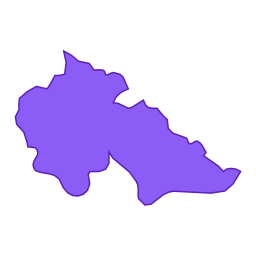 SVG path tracing the border of Ștefan Vodă
{"feature_id": "MDA-1651", "entity_name": "Ștefan Vodă", "entity_type": "District", "adm_level": 1, "iso_a3": "MDA", "parent_name": "Moldova", "parent_adm1": "", "projection": "natural_earth1", "projection_center": [29.727, 46.532], "detail": "fine", "context": "isolated", "style": "filled", "palette": "violet", "viewbox_px": 256, "rotation_deg": 0, "n_neighbors": 0, "source": "natural_earth", "source_scale": "10m", "svg_char_len": 1411}
<svg xmlns="http://www.w3.org/2000/svg" viewBox="0 0 256 256"><path d="M167.2,119.4L168.2,128.3L172.7,133.1L186.6,138.2L187.2,139.3L188.7,143.1L189.8,143.9L191.9,143.4L195.7,141.2L197.5,141.2L200.0,142.9L202.1,145.4L206.0,152.4L203.6,155.8L218.1,165.9L223.4,171.5L226.6,169.1L231.3,168.4L236.4,169.2L240.6,171.5L233.0,183.9L224.8,191.0L210.9,193.1L173.5,191.2L168.5,192.2L162.8,195.0L151.2,204.1L145.0,205.0L138.7,198.8L138.1,196.1L138.2,188.3L137.7,184.7L136.2,181.3L129.7,172.2L113.1,158.3L109.0,152.2L108.9,163.4L105.5,169.3L99.1,171.5L90.2,171.6L88.2,174.1L89.7,183.9L87.4,190.5L83.2,194.3L78.0,196.0L72.6,195.5L67.7,192.8L63.4,187.8L59.1,179.0L54.6,175.5L50.2,174.0L40.3,172.3L35.5,170.6L33.7,167.8L33.1,164.7L33.8,161.6L35.5,158.4L37.2,155.7L37.8,152.9L37.3,150.3L35.5,147.8L28.2,146.8L27.9,146.9L27.9,146.7L27.0,142.0L23.8,132.1L16.7,124.3L15.4,116.9L19.0,109.6L18.9,103.8L19.5,98.3L27.6,91.4L36.5,86.4L42.0,87.8L47.3,88.7L51.4,82.1L54.9,75.5L60.1,75.4L64.7,74.1L66.2,62.7L63.7,51.0L71.6,55.4L78.2,61.1L89.3,63.5L94.0,70.0L100.0,69.8L103.1,70.2L103.3,70.3L104.5,71.3L105.6,74.6L108.1,74.6L111.0,73.2L113.3,72.5L119.9,74.3L120.1,74.4L123.0,77.0L128.3,88.9L124.0,90.7L119.5,93.5L115.7,97.5L113.3,102.8L113.5,102.9L118.0,103.3L128.4,108.3L131.8,107.4L143.4,100.1L145.6,105.2L148.6,107.6L152.6,108.3L157.3,108.3L158.2,109.9L164.7,117.4L167.2,119.4Z" fill="#8b5cf6" stroke="#5b21b6" stroke-width="1.5"/></svg>